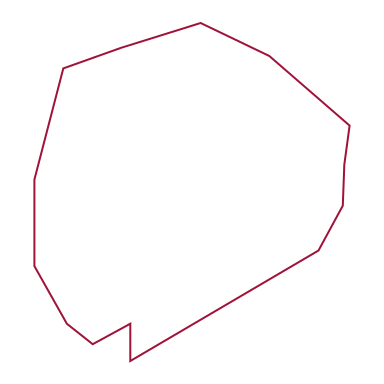 SVG path tracing the border of Saint David
{"feature_id": "GRD-5071", "entity_name": "Saint David", "entity_type": "Parish", "adm_level": 1, "iso_a3": "GRD", "parent_name": "Grenada", "parent_adm1": "", "projection": "robinson", "projection_center": [-61.661, 12.056], "detail": "fine", "context": "isolated", "style": "outline", "palette": "rose", "viewbox_px": 384, "rotation_deg": 0, "n_neighbors": 0, "source": "natural_earth", "source_scale": "10m", "svg_char_len": 298}
<svg xmlns="http://www.w3.org/2000/svg" viewBox="0 0 384 384"><path d="M349.6,125.6L344.3,164.7L342.8,205.7L318.5,250.5L130.3,361.0L130.3,323.7L92.7,344.2L66.9,323.8L34.4,266.1L34.4,179.6L63.3,68.4L121.1,47.8L200.6,23.0L269.3,56.0L349.6,125.6Z" fill="none" stroke="#9f1239" stroke-width="2"/></svg>